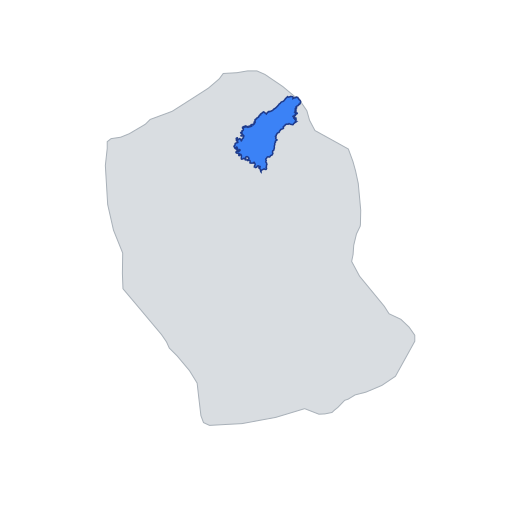 Menoaneng, Mokhotlong, Lesotho (highlighted), rotated 289°
{"feature_id": "5366337B74637186434694", "entity_name": "Menoaneng", "entity_type": "district", "adm_level": 2, "iso_a3": "LSO", "parent_name": "Lesotho", "parent_adm1": "Mokhotlong", "projection": "orthographic", "projection_center": [29.096, -29.433], "detail": "fine", "context": "in_parent", "style": "filled", "palette": "blue", "viewbox_px": 512, "rotation_deg": 289, "n_neighbors": 0, "source": "geoboundaries", "source_scale": "gbopen_adm2", "svg_char_len": 6953}
<svg xmlns="http://www.w3.org/2000/svg" viewBox="0 0 512 512"><g transform="rotate(289 256 256)"><path d="M333.4,340.1L320.0,344.4L318.1,344.8L309.5,343.8L298.0,344.9L289.0,347.3L282.0,348.2L270.6,360.5L250.2,393.7L244.7,400.6L243.3,413.6L238.6,423.9L232.8,431.9L227.1,433.9L209.8,430.9L187.7,427.0L174.7,417.2L163.1,404.3L156.9,394.9L150.6,389.7L148.4,386.8L139.3,382.6L135.9,380.4L132.8,378.8L129.1,372.5L126.9,367.0L127.5,351.7L121.0,342.7L109.9,327.3L102.8,314.7L93.0,297.4L87.0,282.6L80.7,267.2L81.4,260.6L87.1,255.9L103.7,247.9L116.7,241.7L125.9,230.5L135.9,213.9L140.7,204.0L145.6,199.4L150.9,192.3L160.2,176.8L170.6,159.5L181.7,140.9L195.9,135.4L215.4,129.0L234.1,112.8L256.4,99.0L292.5,84.1L309.3,80.3L315.7,78.1L319.8,80.8L324.2,89.3L330.3,96.3L344.6,108.5L350.7,111.5L365.5,129.6L381.2,142.1L399.3,156.4L411.6,163.6L417.9,165.6L423.1,178.3L428.3,187.8L431.3,196.6L430.6,205.2L424.9,226.3L416.6,247.8L409.9,256.8L401.8,262.4L393.8,270.9L390.8,288.2L387.2,308.5L376.9,316.9L368.9,322.4L357.8,329.1L333.4,340.1Z" fill="#d9dde1" stroke="#a8b0b8" stroke-width="1"/><path d="M418.4,245.5L418.5,245.0L418.9,244.5L419.5,244.0L419.5,242.6L419.4,242.3L419.1,242.4L418.7,242.1L418.0,240.8L416.9,239.7L417.5,239.6L418.4,239.2L418.5,238.7L418.2,236.8L417.9,236.7L416.8,235.0L416.7,234.7L417.0,234.0L414.1,232.5L413.6,232.5L411.3,231.6L411.1,231.4L410.3,230.3L409.2,229.4L408.2,229.3L407.4,228.5L405.4,227.9L405.0,227.6L404.5,227.5L403.9,227.1L403.3,227.0L402.8,226.5L402.4,226.5L401.9,226.2L401.5,225.6L401.2,225.4L401.1,225.5L400.7,225.3L400.6,224.9L399.7,224.7L399.3,224.3L398.5,223.8L398.3,223.4L397.7,223.0L397.4,222.6L397.4,222.3L397.1,222.1L397.2,221.9L396.9,221.5L396.4,221.1L396.4,220.9L396.2,220.7L396.3,220.6L395.7,220.4L395.4,220.1L394.7,220.0L394.1,219.6L393.6,219.6L393.7,219.2L394.1,218.8L394.3,217.5L394.8,216.6L394.8,216.3L394.6,216.0L393.6,215.6L393.6,215.4L393.0,215.1L392.3,214.5L391.7,214.1L391.0,214.4L390.8,214.0L390.3,213.5L389.5,213.5L389.0,213.1L388.0,213.2L387.7,212.7L387.4,212.6L386.6,211.8L385.8,211.9L385.5,211.5L385.5,211.3L384.6,210.7L384.0,210.8L383.6,211.3L383.2,211.2L382.9,211.1L382.5,211.2L382.3,211.0L382.2,211.3L382.2,211.6L381.8,211.7L381.2,211.2L381.2,210.9L380.9,211.0L380.6,211.0L380.6,211.3L380.4,211.4L380.0,211.1L379.9,210.8L379.4,210.8L379.5,210.5L379.1,210.2L378.8,209.9L379.2,209.8L379.2,209.6L378.7,209.6L378.3,209.4L378.5,208.9L378.4,208.8L378.2,208.8L377.6,209.3L377.4,209.2L377.2,209.5L376.7,208.9L377.1,208.6L376.8,208.6L376.6,208.5L376.8,208.0L376.2,207.7L376.6,207.4L376.6,207.2L375.6,207.2L375.1,206.6L375.2,206.3L375.6,205.9L375.3,205.5L375.3,205.1L375.0,205.3L375.0,204.9L375.5,204.9L375.6,204.7L375.2,204.4L375.1,204.0L374.6,204.1L374.5,203.9L375.2,203.6L375.4,203.7L375.5,203.5L375.0,203.2L374.7,202.8L374.4,203.0L374.0,202.9L374.1,202.5L373.7,202.4L373.7,202.2L373.9,201.8L373.6,201.7L373.3,201.4L373.0,201.8L373.4,202.1L373.3,202.4L373.6,202.6L372.3,202.0L372.2,202.4L372.0,202.7L371.3,202.9L370.5,202.8L369.8,202.0L368.8,202.5L368.5,202.3L368.2,201.7L367.6,201.4L367.5,201.5L367.2,201.9L367.1,203.0L366.7,203.6L366.1,203.5L365.0,202.6L364.7,202.7L364.7,203.1L364.8,203.3L365.9,203.7L366.3,204.1L366.0,204.9L365.7,205.4L365.1,205.5L364.9,205.2L364.6,205.0L363.7,205.7L363.2,205.4L362.5,204.9L361.2,204.9L360.1,204.7L360.1,204.4L361.1,203.7L361.7,202.6L361.7,202.3L361.2,201.8L360.9,201.8L360.1,201.4L359.7,200.9L359.6,200.6L359.9,200.1L361.4,200.1L361.7,199.9L361.6,199.6L360.8,199.0L360.5,199.1L359.6,199.6L358.8,199.9L358.0,201.6L357.6,201.9L357.2,201.7L356.7,200.8L355.8,199.8L355.0,199.7L354.5,200.0L353.9,200.0L352.9,199.5L352.4,199.5L350.9,201.2L350.6,202.5L350.8,202.7L351.2,202.6L351.5,202.1L352.4,201.8L352.7,202.0L352.7,202.6L351.7,203.5L350.2,203.5L349.9,203.6L349.7,204.0L349.8,204.6L351.2,205.4L351.3,206.0L351.0,206.4L350.6,206.5L349.8,206.1L349.2,205.4L348.7,203.8L348.3,203.3L347.3,203.4L347.1,203.7L347.0,204.0L347.1,204.8L347.5,206.0L347.4,206.7L347.0,206.9L345.9,206.7L345.6,206.9L345.4,207.3L345.6,207.7L345.9,207.9L346.6,207.9L347.1,208.1L347.1,208.7L346.1,209.6L343.5,210.3L343.1,210.5L342.9,210.7L342.9,211.0L343.5,212.0L344.5,212.8L344.6,213.4L343.8,214.3L343.5,214.4L343.4,214.6L343.6,215.2L343.7,215.3L344.1,215.1L344.7,214.6L345.5,214.3L346.3,214.2L346.9,214.8L347.1,215.3L346.9,216.3L346.5,217.1L345.8,217.6L345.5,217.6L345.5,217.4L344.3,216.7L343.6,216.7L343.5,216.9L343.5,217.2L344.2,218.0L344.3,219.0L344.1,219.3L343.9,219.5L343.0,219.8L342.1,219.9L342.0,220.2L342.5,222.0L342.9,222.8L343.0,223.4L343.2,223.6L343.7,223.4L343.9,223.5L344.0,223.8L342.6,225.3L342.1,225.5L340.6,225.2L339.8,225.4L339.9,225.6L339.4,226.6L339.6,227.0L340.1,227.7L341.4,228.0L341.8,228.4L342.0,228.9L341.8,229.0L341.7,229.9L342.0,230.4L342.0,230.7L341.8,230.9L341.6,231.0L341.3,230.7L341.1,230.2L340.8,230.0L340.3,230.0L340.0,230.4L340.0,231.0L339.3,231.9L337.7,232.8L337.2,233.2L337.1,233.4L338.1,233.0L339.4,233.6L339.8,234.2L340.4,234.7L341.0,235.3L341.0,235.7L340.8,236.3L340.9,236.8L341.2,237.4L342.3,237.5L342.6,237.3L343.2,236.7L343.5,236.8L344.1,236.7L345.0,236.4L346.1,236.5L346.3,236.1L346.9,236.0L347.3,235.8L348.1,234.6L349.3,234.5L349.7,234.6L350.6,233.7L351.2,233.7L351.8,234.1L353.0,234.3L353.8,235.0L353.8,236.0L354.1,236.7L355.8,237.2L356.5,238.2L358.3,238.6L358.7,238.4L359.0,238.0L359.6,237.9L360.3,237.6L360.9,237.6L361.7,238.3L362.5,238.2L363.1,238.3L363.6,238.1L364.1,238.2L365.9,237.5L367.5,237.5L368.1,237.1L368.7,237.0L369.8,237.4L370.7,236.9L371.2,237.1L372.2,238.0L372.6,238.1L373.1,236.9L373.4,236.4L374.0,236.2L374.7,236.3L375.5,235.4L376.3,236.0L377.1,235.7L377.8,236.0L378.7,236.0L379.9,236.8L380.2,237.4L380.9,237.7L381.9,237.6L383.1,238.2L383.6,238.1L385.1,240.0L385.6,240.3L386.0,240.4L386.5,239.9L386.9,239.7L387.6,240.0L388.8,240.9L389.9,241.0L390.4,241.9L390.8,242.2L391.0,243.5L392.0,244.1L391.8,244.8L391.8,246.4L392.0,247.0L392.0,247.7L392.3,248.3L392.6,248.4L393.6,248.5L394.2,249.1L394.8,249.3L395.1,249.7L395.2,249.3L395.5,249.3L395.8,249.6L396.3,249.8L396.6,250.3L396.7,249.8L397.1,249.4L398.2,249.4L398.2,249.1L397.9,249.2L397.7,248.3L397.9,248.1L398.1,248.1L398.2,248.5L398.7,248.5L399.4,248.9L399.5,248.8L399.1,248.1L398.6,247.5L398.6,246.9L398.8,246.7L399.5,247.1L399.6,246.6L400.0,245.5L400.3,245.6L400.3,245.9L400.8,246.3L400.6,246.7L400.9,247.1L401.0,247.1L401.2,246.7L401.5,246.5L402.1,247.0L402.1,247.5L402.4,247.5L402.9,247.2L403.1,247.2L403.2,247.8L404.1,248.6L404.6,248.3L404.6,247.9L404.4,247.3L403.9,247.2L404.0,246.8L404.1,246.5L404.5,246.1L404.6,245.7L405.1,245.9L405.5,246.2L405.7,246.6L406.0,246.7L406.4,246.5L406.2,245.8L406.6,245.5L406.9,245.5L407.2,246.0L407.6,246.1L407.8,246.0L407.8,245.4L408.3,245.1L408.5,245.2L409.0,246.1L409.3,246.2L409.6,245.9L409.7,245.5L410.1,245.3L410.3,245.5L411.0,245.8L411.9,246.8L412.3,246.8L412.9,247.2L413.5,247.2L413.6,247.8L414.5,248.1L415.2,248.0L415.5,247.9L416.1,248.1L416.7,247.9L417.6,246.9L417.9,245.8L418.4,245.5Z" fill="#3b82f6" stroke="#1e3a8a" stroke-width="1.5"/></g></svg>